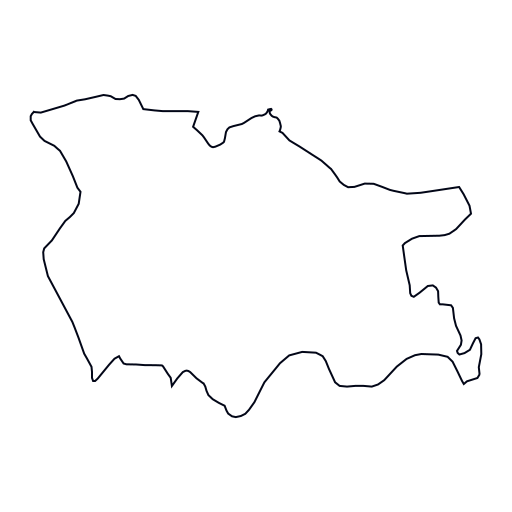 the district of Phuoc Long, Bình Phước, Vietnam
{"feature_id": "81297802B44117863394749", "entity_name": "Phuoc Long", "entity_type": "district", "adm_level": 2, "iso_a3": "VNM", "parent_name": "Vietnam", "parent_adm1": "Bình Phước", "projection": "robinson", "projection_center": [107.01, 11.824], "detail": "fine", "context": "isolated", "style": "outline", "palette": "ink", "viewbox_px": 512, "rotation_deg": 0, "n_neighbors": 0, "source": "geoboundaries", "source_scale": "gbopen_adm2", "svg_char_len": 3265}
<svg xmlns="http://www.w3.org/2000/svg" viewBox="0 0 512 512"><path d="M459.1,187.0L431.3,191.2L420.5,192.8L406.9,193.7L404.9,193.2L393.5,190.8L389.9,189.9L382.2,186.9L373.7,183.8L370.0,183.7L364.7,183.6L360.7,184.9L354.4,186.9L348.1,187.2L343.8,184.9L339.7,181.5L337.2,177.5L335.1,174.5L331.0,168.9L329.7,167.9L321.4,160.6L318.5,158.7L311.9,154.5L299.5,146.5L293.0,142.6L289.4,140.4L282.5,132.9L279.5,131.4L280.0,130.2L280.5,128.3L280.8,126.9L280.8,126.1L280.0,122.8L279.3,120.6L278.8,120.0L277.9,118.8L276.8,117.7L276.0,117.4L274.7,117.2L273.1,116.7L271.7,115.8L270.2,114.0L269.8,113.1L269.6,111.9L269.8,111.1L270.5,110.6L271.2,110.3L271.6,109.8L271.5,109.3L271.1,108.9L270.5,109.0L270.0,109.1L268.1,109.6L267.8,110.8L267.1,112.1L266.0,113.6L264.8,114.4L262.5,115.4L261.4,115.6L259.1,115.4L255.1,116.3L251.5,118.0L244.0,122.9L241.9,124.0L233.4,126.1L229.4,127.4L227.5,129.2L226.0,132.0L225.9,132.5L224.9,138.3L224.0,141.8L223.1,142.7L220.2,144.6L215.3,146.7L213.0,147.2L211.6,146.8L210.3,146.0L209.2,144.9L208.1,143.5L204.0,137.4L202.4,135.3L196.9,130.1L193.1,126.8L198.3,111.9L187.4,111.1L173.9,111.1L162.4,111.1L154.4,110.4L143.3,109.1L138.8,99.9L135.7,95.9L132.6,94.9L128.2,96.0L124.1,98.6L119.9,99.2L115.5,99.0L110.7,96.2L107.8,95.6L103.5,95.0L95.5,96.9L85.0,99.3L76.8,100.6L64.4,105.6L50.6,109.7L40.8,112.6L33.9,112.0L33.8,111.9L31.9,114.0L30.7,116.2L30.7,120.3L32.6,123.8L40.0,136.6L44.5,140.9L54.3,145.8L57.4,148.6L60.0,150.8L66.2,161.4L72.9,176.3L77.4,187.7L80.5,191.8L78.7,203.8L73.8,213.1L69.8,217.1L65.3,220.9L59.9,228.4L51.9,240.4L44.2,248.4L43.2,252.2L43.7,259.2L47.9,276.1L72.4,322.0L74.6,327.5L78.5,337.7L84.2,353.7L86.8,358.2L91.5,366.8L92.0,371.9L92.0,377.9L93.1,381.0L95.1,381.0L97.7,378.6L109.1,364.7L114.5,358.7L119.0,356.2L120.2,358.5L123.6,363.5L126.4,364.3L136.4,364.5L144.5,365.1L155.6,365.2L161.9,365.4L163.0,366.3L167.8,373.8L170.7,377.8L171.9,386.0L177.3,378.4L182.8,372.1L185.2,370.9L186.7,370.6L188.4,371.0L190.2,372.1L196.5,378.3L203.0,383.2L203.5,383.3L204.5,385.1L205.3,386.6L206.5,390.8L208.4,395.1L212.7,399.2L218.9,402.9L222.9,404.9L224.6,405.7L226.5,410.6L228.2,413.6L232.0,416.3L235.8,417.1L240.9,416.0L245.3,413.8L249.0,409.8L254.4,402.2L260.5,390.0L264.4,382.3L277.9,365.8L279.9,363.3L289.2,355.4L302.2,351.9L307.5,352.2L316.0,352.7L320.1,354.8L322.7,356.2L325.8,361.1L328.9,368.8L335.1,382.3L338.0,384.6L339.6,385.9L347.0,386.6L355.1,385.9L363.7,385.9L371.8,386.6L378.0,384.5L384.2,380.2L396.8,366.6L406.6,358.9L415.0,355.2L421.4,354.0L429.6,354.3L438.3,354.6L444.6,356.1L447.6,356.8L452.6,361.7L457.6,371.7L462.0,380.9L463.8,384.0L467.0,381.3L477.4,378.0L479.3,374.9L479.5,373.7L478.8,367.2L481.3,354.2L481.1,344.3L479.4,339.4L478.0,337.5L475.6,338.2L473.0,343.2L469.9,349.8L464.5,353.1L459.4,354.5L457.7,353.0L457.0,350.9L460.9,344.8L461.6,340.5L460.5,335.5L456.0,325.8L454.1,318.3L452.9,307.9L451.1,305.3L442.5,304.3L439.9,304.3L438.7,302.6L438.3,296.8L438.1,291.2L436.0,287.6L432.8,285.4L427.8,286.0L419.6,292.7L413.8,296.8L411.4,295.8L410.2,293.2L409.7,285.3L406.2,270.3L404.2,256.2L402.8,246.1L402.7,245.5L404.9,243.1L412.0,238.7L415.9,237.3L419.3,236.1L439.5,235.7L444.7,235.1L449.4,233.7L456.1,229.1L465.0,219.5L471.0,213.7L469.5,205.7L463.6,194.2L459.1,187.0Z" fill="none" stroke="#020617" stroke-width="2"/></svg>